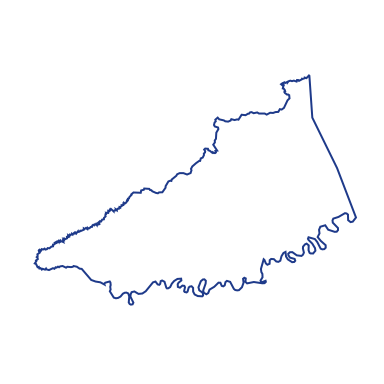 Barranco Mina, Guainía, Colombia (Mercator projection), rotated 176°
{"feature_id": "7082276B12505915261295", "entity_name": "Barranco Mina", "entity_type": "district", "adm_level": 2, "iso_a3": "COL", "parent_name": "Colombia", "parent_adm1": "Guainía", "projection": "mercator", "projection_center": [-69.213, 3.219], "detail": "fine", "context": "isolated", "style": "outline", "palette": "blue", "viewbox_px": 384, "rotation_deg": 176, "n_neighbors": 0, "source": "geoboundaries", "source_scale": "gbopen_adm2", "svg_char_len": 5988}
<svg xmlns="http://www.w3.org/2000/svg" viewBox="0 0 384 384"><g transform="rotate(176 192 192)"><path d="M30.2,155.1L45.6,205.7L66.8,257.8L66.8,299.7L67.2,300.1L69.9,297.6L71.4,298.2L71.4,297.7L73.6,297.1L74.3,297.3L74.4,296.8L77.5,295.4L78.0,296.0L79.0,295.8L78.7,296.3L79.4,296.4L80.0,294.9L82.6,296.0L84.5,295.6L86.2,296.2L88.0,295.7L89.1,294.5L89.2,295.2L91.3,294.3L92.2,295.0L93.3,294.4L93.2,293.4L94.2,294.2L95.6,293.3L93.5,291.2L94.2,289.0L93.3,288.7L92.3,287.2L92.1,286.2L92.6,286.2L92.9,285.3L92.4,284.3L90.3,282.5L89.4,282.6L88.3,281.8L88.2,278.6L90.3,276.8L94.4,269.5L96.8,268.0L98.6,268.5L100.3,265.9L103.2,265.9L105.6,265.2L108.5,265.6L112.1,264.0L114.0,265.2L119.7,265.6L121.4,266.8L125.0,266.3L127.0,267.5L128.5,267.4L129.8,266.1L130.7,266.2L133.2,264.9L137.1,265.6L140.6,260.9L141.9,261.3L144.5,260.8L147.7,261.9L148.5,260.6L151.0,259.7L153.9,260.2L155.2,261.2L159.8,262.6L161.2,264.4L163.7,262.5L163.4,260.8L164.6,259.8L165.4,257.3L164.7,255.8L161.5,254.5L161.3,252.9L163.6,249.5L164.4,243.4L165.7,241.8L165.7,239.9L167.5,237.7L164.0,231.5L165.8,231.3L165.4,229.8L166.2,229.2L167.5,229.3L168.5,230.3L169.0,229.7L171.4,231.9L172.8,232.5L173.1,234.0L175.8,234.4L176.9,233.5L176.0,231.8L176.3,230.5L177.5,229.5L177.5,228.0L178.9,225.6L180.9,224.9L181.7,222.5L182.5,222.6L185.8,220.6L189.9,217.5L191.4,215.1L191.0,213.7L192.1,211.0L195.7,209.8L199.2,211.4L203.0,211.7L205.6,210.7L206.5,209.3L211.3,205.9L211.8,204.5L212.8,204.8L214.8,204.2L217.9,199.7L218.1,198.1L221.6,193.8L224.9,193.9L226.1,193.1L228.0,193.6L231.6,195.5L232.4,196.6L233.7,196.9L234.4,198.1L239.4,198.8L239.9,197.6L242.6,197.1L243.2,194.8L250.4,195.6L252.7,193.9L252.5,193.4L254.9,191.2L255.3,190.0L256.4,189.8L256.4,188.3L257.0,187.6L257.5,188.0L258.3,186.1L259.7,185.2L260.5,185.9L260.6,185.2L261.2,185.4L261.4,183.8L262.9,183.8L262.7,183.2L264.4,182.3L264.6,181.4L265.5,182.0L266.1,180.4L267.3,180.5L268.2,179.4L269.0,180.0L268.8,179.3L269.5,179.8L269.9,179.4L269.4,179.0L271.6,178.7L271.6,178.2L274.0,180.7L275.1,179.3L275.3,180.0L276.4,178.6L276.9,178.9L277.1,177.0L279.0,177.3L278.8,176.8L279.1,176.1L279.7,176.1L280.1,174.8L279.9,173.7L281.6,172.3L281.8,170.9L283.6,170.7L284.7,168.9L285.5,168.8L285.9,169.3L287.6,168.0L286.7,167.4L286.6,166.4L287.3,166.2L287.7,166.8L288.7,165.9L289.2,166.4L289.3,165.7L289.7,166.3L290.8,166.1L291.0,166.6L291.7,166.0L291.9,166.8L292.1,165.8L292.8,166.2L293.8,165.5L294.2,164.2L295.5,164.2L296.8,163.0L298.1,163.2L298.5,162.5L299.0,163.5L299.5,162.7L300.4,163.5L301.7,162.6L302.5,163.2L302.6,161.9L305.5,160.9L306.1,161.2L306.9,160.3L308.2,160.1L308.4,160.8L309.5,159.5L310.3,159.6L310.5,158.9L311.5,160.0L312.3,159.5L312.0,158.7L313.5,158.7L314.0,157.8L314.5,158.3L314.5,157.4L315.0,158.3L316.1,157.6L316.7,158.0L317.2,156.8L318.3,157.5L318.1,156.6L318.8,157.0L319.1,156.6L318.9,155.7L319.9,155.8L319.9,154.5L322.4,153.6L322.8,154.6L323.5,154.6L323.1,153.9L324.0,153.3L323.3,152.3L324.3,151.9L324.0,151.1L325.7,152.0L326.6,151.6L326.8,152.5L327.4,151.9L327.9,152.5L328.2,151.6L328.6,152.5L329.9,152.0L329.5,151.3L330.4,150.8L330.0,150.2L330.8,150.7L330.9,151.7L332.5,150.9L332.1,150.1L333.4,149.2L334.3,149.2L334.5,147.9L333.6,147.6L336.1,147.3L338.1,145.8L339.9,146.1L340.7,145.1L342.3,144.8L343.0,145.8L344.6,145.0L345.8,145.5L346.5,144.4L347.2,145.3L346.7,144.1L347.1,143.6L348.0,145.1L348.6,144.8L349.0,144.2L348.3,142.0L350.6,140.6L350.4,138.8L351.4,137.9L350.6,137.1L350.5,135.8L352.4,134.6L352.1,133.9L353.8,131.7L352.6,131.1L351.3,127.8L350.1,128.0L350.1,127.1L349.2,126.9L349.3,126.3L348.0,126.3L347.2,125.1L346.4,125.8L344.0,124.8L343.0,125.8L342.7,125.0L340.1,124.1L336.0,125.7L334.6,125.0L333.3,126.4L332.4,126.0L330.9,126.9L329.9,126.2L328.7,127.0L326.3,127.2L322.9,125.3L321.6,126.1L317.9,125.5L316.1,125.7L315.3,126.4L312.1,125.5L309.5,123.4L307.4,123.0L298.7,111.3L294.4,109.4L289.7,108.3L285.8,105.8L286.0,106.6L284.8,107.6L280.3,108.5L279.7,107.4L279.6,104.9L280.2,103.1L280.0,100.4L280.9,98.7L277.4,92.1L275.3,91.3L273.1,91.5L270.6,92.7L268.0,95.4L266.1,96.2L264.4,96.2L262.6,95.2L261.9,92.0L262.8,86.2L262.0,84.6L260.8,83.9L259.1,84.1L258.2,85.7L260.7,91.9L260.4,94.1L259.2,96.3L256.4,96.8L252.5,94.1L248.6,94.2L245.1,96.2L237.2,104.6L234.7,105.2L232.7,102.2L231.1,101.7L230.2,102.5L229.4,105.3L228.0,105.8L225.7,104.4L224.3,98.4L223.7,97.6L222.4,97.6L220.4,98.7L218.5,102.0L216.0,104.5L212.6,106.3L208.9,106.3L208.8,104.5L211.7,102.5L212.7,101.0L212.7,98.3L210.7,97.4L208.1,99.3L206.2,98.9L205.6,97.5L206.8,93.7L206.3,92.8L204.4,92.2L203.4,92.9L201.9,97.0L200.8,97.8L199.0,98.0L197.6,96.3L197.8,92.5L196.5,89.6L193.5,87.8L189.1,87.2L188.2,87.9L188.2,89.9L188.8,91.1L191.6,93.4L192.2,96.5L189.4,102.4L187.2,104.0L185.7,104.0L184.4,102.5L184.8,99.7L187.7,93.0L187.3,90.7L184.8,89.0L182.9,90.0L181.3,93.4L176.4,95.9L171.9,99.7L170.0,99.5L168.9,96.3L167.4,95.7L165.9,96.6L164.9,99.8L163.4,100.9L160.2,99.7L157.0,92.4L155.7,91.2L153.7,90.7L152.0,90.8L148.8,93.5L146.9,97.9L147.1,101.9L145.8,102.8L144.4,102.0L145.0,98.7L143.4,97.0L136.6,97.9L128.1,96.0L126.0,96.0L124.6,97.2L124.8,98.3L128.4,97.2L129.4,97.6L129.8,98.9L127.6,102.0L127.5,105.4L128.4,107.3L128.6,110.4L125.2,119.9L124.5,119.2L123.3,115.6L121.9,114.2L119.6,115.0L119.2,118.6L117.7,119.7L115.0,119.3L112.8,116.8L110.7,116.3L108.7,117.3L107.2,121.7L105.0,124.8L102.9,125.7L102.7,121.1L101.1,118.1L97.0,115.0L94.9,115.1L93.8,116.2L94.3,118.1L98.9,119.7L100.3,122.3L100.3,123.7L98.5,125.1L96.1,125.0L91.9,121.5L87.2,120.6L85.7,121.7L84.6,123.7L85.3,128.0L85.0,129.8L82.9,131.9L81.3,132.5L79.3,130.6L79.8,125.8L79.0,123.2L78.2,122.5L75.5,122.2L73.0,124.8L73.2,127.4L75.6,132.1L79.1,136.1L79.6,137.2L78.9,138.7L72.7,136.5L70.5,133.3L67.6,126.5L66.0,125.7L64.0,125.8L62.5,127.1L62.4,129.6L66.9,134.2L69.8,138.3L67.7,141.8L67.9,145.4L66.4,148.4L61.4,149.5L58.8,144.9L52.4,142.3L50.4,142.3L49.0,143.8L48.9,145.9L53.7,151.6L53.8,153.9L52.9,155.6L47.6,156.9L40.9,160.2L39.3,159.8L38.0,158.6L38.2,153.0L35.9,150.9L33.7,151.2L30.2,155.1Z" fill="none" stroke="#1e3a8a" stroke-width="2"/></g></svg>